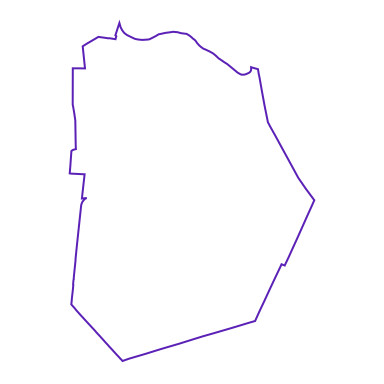 the district of Periam, Timis, Romania
{"feature_id": "2599482B63950750232627", "entity_name": "Periam", "entity_type": "district", "adm_level": 2, "iso_a3": "ROU", "parent_name": "Romania", "parent_adm1": "Timis", "projection": "albers", "projection_center": [20.876, 46.04], "detail": "fine", "context": "isolated", "style": "outline", "palette": "violet", "viewbox_px": 384, "rotation_deg": 0, "n_neighbors": 0, "source": "geoboundaries", "source_scale": "gbopen_adm2", "svg_char_len": 2558}
<svg xmlns="http://www.w3.org/2000/svg" viewBox="0 0 384 384"><path d="M122.5,361.0L129.0,358.7L145.7,353.8L161.1,349.0L179.2,343.7L195.8,338.5L202.6,336.4L214.5,333.0L232.0,327.9L248.2,323.0L255.1,321.0L259.2,311.9L264.9,299.8L270.4,287.9L275.0,278.1L280.3,267.0L281.5,264.3L284.7,265.5L288.6,257.3L292.9,247.8L296.8,239.3L301.9,227.9L307.2,216.0L312.1,205.2L314.3,200.2L305.7,188.6L298.2,177.7L292.6,167.4L285.4,154.2L278.9,142.3L275.2,135.5L270.2,126.6L267.9,122.2L264.6,105.8L261.9,91.1L259.8,79.1L259.2,76.0L259.1,75.5L258.7,73.8L258.0,69.2L252.0,67.5L251.1,67.2L251.1,69.7L251.0,70.4L250.6,71.2L250.1,71.9L249.6,72.4L248.4,73.1L246.3,74.0L244.9,74.5L243.8,74.7L242.3,74.7L241.3,74.6L240.2,74.1L238.8,73.3L237.3,72.4L235.3,70.7L232.4,68.3L227.8,64.5L227.0,63.9L224.1,62.1L221.7,60.4L219.6,59.0L218.5,58.3L216.7,56.5L215.5,55.4L213.3,53.6L212.2,52.9L210.7,52.1L209.1,51.2L207.7,50.6L205.5,49.5L204.0,49.0L203.1,48.5L202.3,47.9L200.9,46.9L199.3,45.5L198.5,44.6L197.2,43.2L196.7,42.4L195.7,41.0L194.8,40.0L193.9,39.3L192.8,38.5L191.9,37.6L189.9,35.9L186.7,33.9L181.1,33.2L177.5,32.2L173.0,31.8L171.3,32.1L165.3,32.9L161.2,33.8L158.7,34.3L155.7,36.1L153.2,37.4L150.8,38.6L149.4,39.3L148.1,39.5L147.0,39.6L146.2,39.7L145.5,39.7L143.2,39.9L142.0,39.9L138.1,39.5L136.5,39.2L135.5,39.0L133.9,38.4L126.9,35.0L124.2,32.9L122.2,30.3L120.6,27.2L119.4,23.0L117.1,30.0L115.4,35.4L115.7,35.6L116.0,35.9L116.3,36.2L116.3,36.4L115.8,38.0L115.5,39.2L109.3,38.2L108.6,38.3L107.9,38.3L107.1,38.1L98.4,36.9L88.0,43.0L87.1,43.5L82.7,46.3L85.0,68.4L72.8,68.3L72.7,104.5L73.1,106.5L74.2,112.8L75.3,120.4L75.7,144.9L75.9,149.1L72.9,149.9L71.4,151.0L70.3,166.5L69.7,173.4L70.7,173.6L84.6,174.3L81.9,198.5L86.7,198.0L84.7,199.0L83.7,200.2L83.6,200.3L83.1,201.0L82.7,201.3L81.6,203.7L81.2,205.2L79.7,219.1L78.4,231.3L76.8,246.4L75.6,258.3L75.5,260.7L73.9,276.3L73.8,277.7L73.7,278.7L73.8,279.3L73.5,279.9L73.3,282.0L73.1,284.8L73.3,285.0L73.1,287.0L73.0,288.4L72.9,289.4L72.8,289.8L72.8,290.1L72.8,290.3L72.6,292.2L72.4,293.8L72.2,295.6L72.0,297.4L71.8,299.3L71.7,300.9L71.5,302.8L71.3,304.4L72.6,305.9L74.3,307.8L75.2,308.9L76.5,310.5L77.2,311.3L78.9,313.2L79.1,313.4L80.4,314.9L80.8,315.3L81.5,316.1L83.9,318.7L89.8,325.1L90.6,326.0L90.8,326.1L91.0,326.4L92.3,327.8L93.6,329.2L94.9,330.6L96.2,332.2L97.5,333.6L99.0,335.2L99.3,335.5L103.9,340.6L105.1,342.0L106.5,343.5L107.8,344.9L109.1,346.4L110.3,347.7L112.9,350.5L113.9,351.7L114.2,351.9L115.3,353.2L116.7,354.7L118.1,356.2L118.9,357.0L120.3,358.6L121.6,359.9L122.5,361.0Z" fill="none" stroke="#5b21b6" stroke-width="2"/></svg>